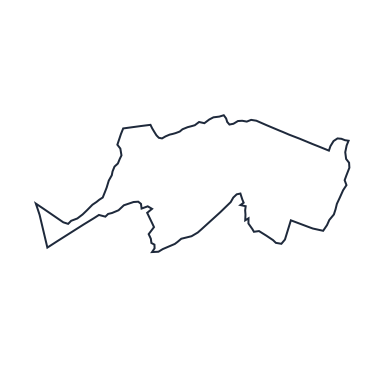 Bom Jardim, Pernambuco, Brazil, rotated 200°
{"feature_id": "56859067B47522840636001", "entity_name": "Bom Jardim", "entity_type": "district", "adm_level": 2, "iso_a3": "BRA", "parent_name": "Brazil", "parent_adm1": "Pernambuco", "projection": "equal_earth", "projection_center": [-35.571, -7.77], "detail": "fine", "context": "isolated", "style": "outline", "palette": "slate", "viewbox_px": 384, "rotation_deg": 200, "n_neighbors": 0, "source": "geoboundaries", "source_scale": "gbopen_adm2", "svg_char_len": 1908}
<svg xmlns="http://www.w3.org/2000/svg" viewBox="0 0 384 384"><g transform="rotate(200 192 192)"><path d="M334.8,127.7L331.5,123.6L327.4,118.4L308.9,90.3L302.0,99.4L282.9,124.2L275.1,134.0L271.6,138.6L265.0,139.2L263.3,142.7L260.0,144.9L254.8,149.7L251.5,156.2L243.5,162.6L239.2,164.5L235.9,163.4L233.7,159.2L228.7,163.4L223.8,162.5L227.0,157.1L218.3,148.6L215.7,146.0L218.3,137.6L214.7,134.0L212.7,130.2L209.3,129.7L207.9,126.3L209.0,121.9L203.1,124.4L200.0,128.3L190.4,137.3L188.5,140.2L186.1,144.4L177.3,150.3L172.7,155.9L170.4,160.1L158.5,182.7L152.2,195.7L151.3,200.9L149.2,205.1L146.0,207.1L142.1,202.1L139.8,199.6L142.0,196.3L136.7,197.0L135.8,193.0L134.0,189.0L132.3,183.6L129.9,186.6L128.2,181.7L122.6,177.8L120.2,175.8L115.7,178.2L107.2,176.4L99.4,174.5L95.8,172.9L90.3,173.9L88.4,179.1L89.4,199.2L70.3,199.0L66.0,199.0L55.5,200.4L53.8,207.1L53.4,212.7L51.0,219.4L51.2,224.9L51.8,230.4L51.2,237.2L50.6,245.4L49.2,251.3L52.6,255.3L52.6,260.2L52.4,268.6L54.4,273.2L58.5,275.8L61.6,281.8L62.6,288.6L62.4,293.7L66.0,293.0L69.8,293.1L73.6,292.1L76.4,288.3L77.6,282.4L77.5,277.7L88.0,278.1L95.5,278.3L109.0,278.9L120.4,279.1L127.5,279.5L130.7,279.6L144.9,280.3L155.9,281.0L161.1,280.0L164.6,276.9L169.2,276.1L173.1,274.4L176.4,270.3L179.9,268.2L182.9,269.9L185.1,272.8L188.4,275.0L192.1,272.2L197.4,269.5L200.6,266.0L203.9,260.9L209.3,260.2L212.2,255.7L215.4,253.4L218.3,251.4L222.4,247.7L224.2,244.6L227.6,241.7L230.1,239.9L232.6,238.3L235.9,235.2L238.5,232.1L241.7,231.6L244.8,233.1L248.0,235.6L251.2,238.2L254.0,240.9L262.4,236.6L278.4,228.2L278.6,222.2L278.3,210.9L274.2,208.3L270.8,202.3L271.2,198.4L271.4,193.4L273.5,189.4L273.7,184.2L273.1,180.3L274.1,174.3L273.7,166.8L273.8,162.5L274.0,156.3L276.5,153.0L278.3,150.0L281.2,146.0L284.5,138.8L287.1,133.5L290.7,127.9L295.7,123.6L297.5,119.7L302.6,119.5L318.1,123.5L326.3,125.6L334.8,127.7Z" fill="none" stroke="#1e293b" stroke-width="2"/></g></svg>